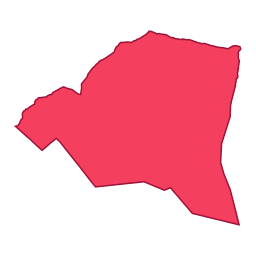 San Andrés Huaxpaltepec, Oaxaca, Mexico
{"feature_id": "50627088B11126229802740", "entity_name": "San Andrés Huaxpaltepec", "entity_type": "district", "adm_level": 2, "iso_a3": "MEX", "parent_name": "Mexico", "parent_adm1": "Oaxaca", "projection": "equal_earth", "projection_center": [-97.916, 16.341], "detail": "fine", "context": "isolated", "style": "filled", "palette": "rose", "viewbox_px": 256, "rotation_deg": 0, "n_neighbors": 0, "source": "geoboundaries", "source_scale": "gbopen_adm2", "svg_char_len": 2823}
<svg xmlns="http://www.w3.org/2000/svg" viewBox="0 0 256 256"><path d="M239.7,46.5L237.5,46.1L236.4,45.7L235.6,45.7L233.5,45.9L232.6,46.1L230.6,47.2L228.6,48.5L227.5,48.7L226.8,48.7L226.0,48.5L226.0,48.3L222.7,47.7L220.4,47.5L219.3,47.4L216.5,46.9L213.7,46.1L210.9,45.4L209.9,45.4L209.1,45.0L208.5,44.6L208.2,44.6L204.6,43.5L203.1,43.5L202.2,43.7L201.5,43.5L201.3,43.5L200.5,43.2L198.7,42.9L196.9,42.3L195.4,41.8L193.5,41.2L193.2,40.9L192.5,40.7L191.5,40.3L191.3,40.2L190.5,40.2L189.8,39.8L188.4,39.6L187.9,39.8L186.6,39.7L184.5,39.3L183.9,39.4L183.8,39.5L183.5,39.2L182.5,38.9L182.1,39.1L180.6,39.7L179.4,39.2L178.5,39.0L177.5,38.9L177.3,38.9L176.7,39.0L176.4,38.8L175.9,38.7L174.8,38.7L174.4,38.2L173.4,37.8L172.7,37.5L172.6,37.4L171.8,37.7L171.6,37.8L171.1,37.5L170.2,37.2L169.3,36.6L169.1,36.4L168.0,35.9L166.9,35.2L166.3,34.8L165.9,34.6L164.4,34.7L163.7,34.2L162.8,34.5L162.5,34.4L162.2,34.2L161.3,34.1L160.7,34.0L159.2,33.7L158.2,33.6L156.3,33.9L155.8,33.5L155.6,33.1L153.8,32.4L153.0,32.1L152.4,31.9L151.8,31.6L151.0,31.4L150.6,31.3L150.3,31.4L149.8,31.2L149.5,31.3L149.1,31.5L148.8,31.5L148.9,31.9L146.2,34.2L145.1,35.1L142.5,36.6L140.4,38.1L139.2,38.7L138.5,38.9L136.9,39.4L135.5,40.6L133.9,40.8L131.9,42.4L126.4,41.9L125.2,42.3L120.6,42.5L118.9,44.2L118.1,46.0L116.7,46.4L114.9,49.5L114.2,52.1L110.4,54.7L105.9,57.8L103.6,59.1L102.5,59.8L101.1,60.1L100.3,61.1L99.1,61.3L98.5,62.8L97.3,63.6L96.1,64.4L95.2,65.8L92.4,68.2L88.2,73.9L87.5,75.2L87.2,77.0L81.5,83.8L81.5,85.9L81.6,88.1L80.6,94.5L78.9,94.3L76.7,93.1L72.0,89.5L69.6,89.0L66.8,88.2L63.6,86.8L61.4,87.8L59.2,89.0L56.2,90.7L52.6,92.6L51.8,94.6L50.1,94.6L47.3,95.9L46.2,97.0L44.2,97.1L41.0,97.6L38.2,97.9L37.3,99.4L36.2,99.5L34.9,101.4L34.7,103.9L29.5,107.1L27.3,109.1L25.8,109.1L25.1,110.5L23.8,111.0L22.8,112.5L22.3,114.0L22.5,116.8L22.6,118.1L20.8,120.0L19.7,123.1L17.8,125.7L15.4,126.3L25.8,135.6L28.2,137.7L28.9,138.2L31.0,140.0L32.0,141.1L32.6,141.7L36.5,145.3L36.8,145.6L41.4,149.8L41.7,150.0L42.2,150.3L44.5,148.3L52.2,141.6L53.0,141.2L56.3,138.4L60.2,142.2L60.6,142.7L66.8,150.6L73.5,159.0L79.7,166.8L82.5,170.4L82.6,170.5L86.8,176.0L89.2,179.1L95.5,186.9L116.1,184.7L143.5,181.8L143.9,181.7L164.3,190.2L170.5,187.8L192.4,213.4L213.3,218.5L239.1,224.8L235.6,210.7L230.3,189.9L223.8,173.7L220.6,162.2L221.6,143.6L226.1,129.5L230.2,116.5L230.5,105.8L231.6,100.5L235.5,85.4L235.4,84.7L235.5,84.0L236.1,81.5L236.0,80.2L236.0,79.7L236.7,78.4L236.9,78.4L237.5,77.8L237.9,76.8L237.6,74.6L237.4,73.4L237.7,72.1L238.0,71.3L238.1,69.7L237.8,69.3L237.6,68.9L237.8,68.7L238.5,68.4L238.4,67.9L238.5,65.8L238.7,64.8L238.9,64.6L238.9,63.0L239.2,62.3L239.4,61.3L238.6,58.9L238.2,56.0L238.6,54.4L238.5,54.0L238.3,53.5L238.2,52.8L238.6,51.6L239.3,50.5L239.7,50.4L240.5,49.5L240.6,49.1L240.6,48.3L239.7,46.5Z" fill="#f43f5e" stroke="#9f1239" stroke-width="1.5"/></svg>